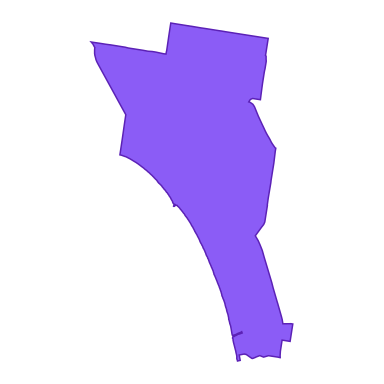 Kingston (Vic.), Victoria, Australia
{"feature_id": "25037944B58220940224419", "entity_name": "Kingston (Vic.)", "entity_type": "district", "adm_level": 2, "iso_a3": "AUS", "parent_name": "Australia", "parent_adm1": "Victoria", "projection": "albers", "projection_center": [145.1, -38.004], "detail": "fine", "context": "isolated", "style": "filled", "palette": "violet", "viewbox_px": 384, "rotation_deg": 0, "n_neighbors": 0, "source": "geoboundaries", "source_scale": "gbopen_adm2", "svg_char_len": 5978}
<svg xmlns="http://www.w3.org/2000/svg" viewBox="0 0 384 384"><path d="M119.9,154.9L120.1,155.0L120.6,155.0L121.7,155.3L125.0,156.5L125.9,156.7L126.2,156.9L126.9,157.2L127.6,157.6L128.6,158.1L129.0,158.3L129.3,158.5L130.0,158.8L130.9,159.4L131.6,159.8L134.2,161.4L136.4,162.7L136.7,163.0L137.3,163.3L138.5,164.2L139.3,164.8L139.9,165.2L140.7,165.9L141.1,166.1L141.4,166.4L141.8,166.7L142.9,167.5L143.6,168.0L144.1,168.5L145.1,169.4L145.4,169.6L145.6,169.7L146.8,170.7L147.6,171.4L147.8,171.7L148.7,172.3L148.9,172.5L150.1,173.6L150.3,173.9L151.9,175.3L152.7,176.1L152.8,176.3L153.6,177.0L153.9,177.3L154.0,177.6L154.3,177.8L154.8,178.3L155.0,178.6L156.0,179.6L156.3,179.8L156.6,180.1L157.0,180.7L157.1,180.9L157.4,181.1L157.5,181.4L157.6,181.7L157.8,181.8L158.1,182.3L158.5,182.7L158.6,183.0L158.9,183.2L159.4,183.6L159.7,183.9L159.9,184.1L160.7,184.9L161.2,185.3L161.5,185.8L162.0,186.2L162.1,186.6L162.3,186.9L162.8,187.4L163.2,188.0L163.5,188.2L163.7,188.5L164.0,189.0L164.4,189.5L165.0,190.0L165.4,190.5L166.0,191.4L166.2,191.7L166.4,192.0L166.6,192.3L167.2,192.7L167.7,193.6L167.9,194.0L168.2,194.2L168.4,194.5L168.6,194.8L168.8,195.1L169.1,195.8L169.3,196.1L169.5,196.3L169.7,196.6L170.1,197.2L170.4,197.5L170.5,197.8L171.0,198.8L171.3,199.5L171.9,200.4L172.1,200.7L172.4,201.3L172.6,201.6L172.6,202.0L172.9,202.9L173.3,203.4L173.5,203.7L174.2,204.7L173.6,206.0L173.9,206.1L174.6,204.5L174.8,204.3L175.0,204.4L175.1,204.5L175.0,204.9L174.2,206.3L174.4,206.3L174.8,205.7L176.7,205.2L176.8,205.2L177.0,205.3L177.2,205.5L177.4,205.9L177.7,206.2L177.9,206.4L178.2,206.6L179.4,207.8L179.8,208.3L180.4,209.2L180.9,209.7L181.9,211.0L182.4,211.5L182.6,211.8L183.2,212.7L183.8,213.4L184.1,213.7L184.3,213.9L185.0,215.2L185.1,215.5L186.2,216.8L186.6,217.4L187.3,218.2L187.4,218.5L187.8,219.1L188.2,219.7L188.4,220.0L188.8,220.5L189.1,221.1L189.5,221.7L189.7,222.0L190.1,222.6L190.3,222.9L190.6,223.5L190.8,223.8L191.1,224.4L191.3,224.7L191.4,225.1L191.8,225.7L192.3,226.6L192.6,226.8L192.9,227.4L193.5,228.7L194.1,229.6L194.2,230.0L194.4,230.3L194.8,231.3L195.2,231.9L195.5,232.5L195.7,232.8L196.0,233.4L196.4,234.0L196.8,234.6L197.4,235.9L197.9,236.9L198.4,237.7L198.5,238.0L198.7,238.3L199.0,239.0L199.3,239.6L199.6,240.3L199.7,240.7L200.1,241.7L200.4,242.3L200.9,243.3L201.5,244.2L201.9,245.2L202.1,245.5L202.3,245.8L202.5,246.1L203.0,247.5L203.4,248.5L203.8,249.0L204.0,249.3L204.4,250.3L204.7,250.9L205.0,251.6L205.1,252.0L205.6,253.0L205.7,253.3L205.9,254.1L206.2,254.7L206.3,255.1L206.4,255.4L206.8,256.1L207.3,256.9L207.5,257.3L207.8,258.4L208.2,259.0L208.4,259.3L208.5,259.6L208.7,260.4L209.0,261.1L209.1,261.4L209.2,261.8L209.6,262.8L210.2,264.1L211.1,266.1L211.3,266.9L211.5,267.2L211.8,267.8L212.8,270.2L213.1,270.8L213.5,272.4L213.8,273.1L213.9,273.9L214.1,274.6L214.3,274.9L214.8,275.9L215.2,276.9L215.7,277.9L216.0,278.9L216.4,279.6L216.5,279.9L216.7,280.7L216.9,281.0L217.1,281.3L217.3,282.0L217.5,282.7L217.7,283.1L218.0,283.7L218.2,284.4L219.1,286.4L219.4,287.5L219.7,288.2L220.0,288.9L220.2,289.6L220.3,290.0L220.6,290.6L220.8,291.3L221.0,291.6L221.1,292.0L221.2,292.8L221.5,293.5L221.7,294.3L221.8,294.7L221.8,295.1L221.9,295.5L222.1,296.2L222.5,296.9L222.7,297.6L223.2,299.0L223.6,299.6L223.7,300.0L224.2,301.4L224.3,301.8L224.6,302.5L224.9,303.6L225.0,303.8L225.1,304.7L225.2,305.1L225.4,305.8L225.7,307.0L226.2,308.3L226.4,309.1L226.7,309.9L226.6,310.1L226.8,310.9L226.9,311.3L227.0,311.7L227.4,312.8L227.6,313.5L227.9,314.3L228.0,314.7L228.3,316.3L228.5,317.1L228.6,317.5L228.6,318.0L228.7,318.4L228.7,318.8L228.7,319.3L228.8,319.7L229.1,320.4L229.2,320.9L229.3,321.3L229.5,322.0L229.8,323.6L230.2,324.7L230.6,325.9L230.9,327.5L231.2,329.2L231.3,329.6L231.3,330.0L231.5,330.8L231.6,331.7L231.9,333.4L232.0,334.2L232.2,334.6L232.3,334.9L232.6,335.5L232.4,335.8L232.3,336.1L232.2,336.2L233.7,335.1L235.7,334.6L237.6,333.5L241.2,332.1L241.4,331.9L241.7,331.7L242.2,333.0L239.2,334.1L238.8,334.2L237.9,334.3L237.3,334.7L236.5,335.3L235.2,335.7L234.2,336.5L233.7,336.7L233.2,336.7L232.9,336.9L232.7,337.3L232.5,338.1L232.7,338.4L232.9,338.6L233.1,339.5L233.0,340.0L233.1,340.4L233.3,341.2L233.3,341.6L233.5,342.4L233.6,342.8L233.9,344.0L234.2,345.1L234.4,345.9L234.7,347.1L234.9,347.9L235.1,348.7L235.3,349.5L235.5,350.2L235.6,350.6L235.7,351.0L235.8,351.4L236.0,352.6L236.2,353.4L236.5,354.6L236.6,355.0L236.7,355.8L236.8,356.3L236.8,358.7L236.9,359.1L237.3,360.1L237.5,361.0L240.2,360.4L239.2,355.0L244.4,354.0L245.1,354.4L245.4,354.2L245.5,354.2L246.0,354.3L251.7,358.3L252.3,358.5L253.1,358.3L255.4,357.4L256.1,357.0L259.8,355.6L263.6,357.1L268.5,355.7L278.4,357.2L278.7,357.3L279.3,357.5L280.2,357.6L280.1,355.7L280.4,351.2L282.1,340.1L290.1,341.4L292.8,324.0L291.1,323.7L282.9,323.8L282.2,319.6L281.5,316.8L277.8,303.8L277.2,301.9L273.1,287.8L271.8,282.7L264.2,257.3L262.3,250.5L260.1,245.0L258.2,240.7L255.3,235.8L261.5,227.3L263.7,224.5L264.8,222.0L267.4,205.4L267.3,204.9L268.2,198.4L270.8,182.9L271.1,180.2L273.8,163.4L275.3,151.1L275.8,148.2L275.4,148.0L275.1,147.8L274.8,147.4L273.0,144.8L272.3,143.8L271.5,142.5L270.9,141.4L270.2,139.9L268.8,137.4L267.8,135.8L266.3,133.1L265.3,131.1L263.5,127.2L262.1,124.3L258.3,116.1L254.6,107.0L253.9,105.8L252.9,104.3L251.4,103.2L249.7,102.1L248.8,101.9L249.5,100.7L249.9,100.1L250.2,99.7L250.7,99.3L251.3,99.0L251.8,98.8L252.7,98.5L260.4,99.7L261.3,92.6L262.5,83.6L264.3,72.1L264.7,70.1L264.9,69.4L265.1,68.3L265.9,63.4L266.2,61.6L266.2,61.1L266.2,60.2L266.1,59.4L266.1,56.1L265.5,55.6L268.2,38.4L247.7,35.2L229.2,32.3L205.2,28.5L201.0,27.9L195.7,27.0L175.5,23.8L170.8,23.0L170.5,24.8L168.8,36.0L166.7,50.5L166.3,52.1L166.0,54.0L163.9,53.8L161.0,53.2L155.9,52.1L152.2,51.5L147.9,51.2L143.1,50.3L128.3,48.0L125.2,47.2L110.8,44.9L105.5,44.2L100.5,43.4L92.3,42.2L91.2,42.0L92.2,43.2L92.9,44.0L94.4,46.9L94.8,47.4L94.6,49.8L94.6,53.5L94.9,55.5L95.4,57.3L96.0,59.7L96.8,61.7L98.0,64.0L113.3,91.9L119.3,102.9L125.8,114.7L124.3,124.8L122.1,140.2L119.9,154.9Z" fill="#8b5cf6" stroke="#5b21b6" stroke-width="1.5"/></svg>